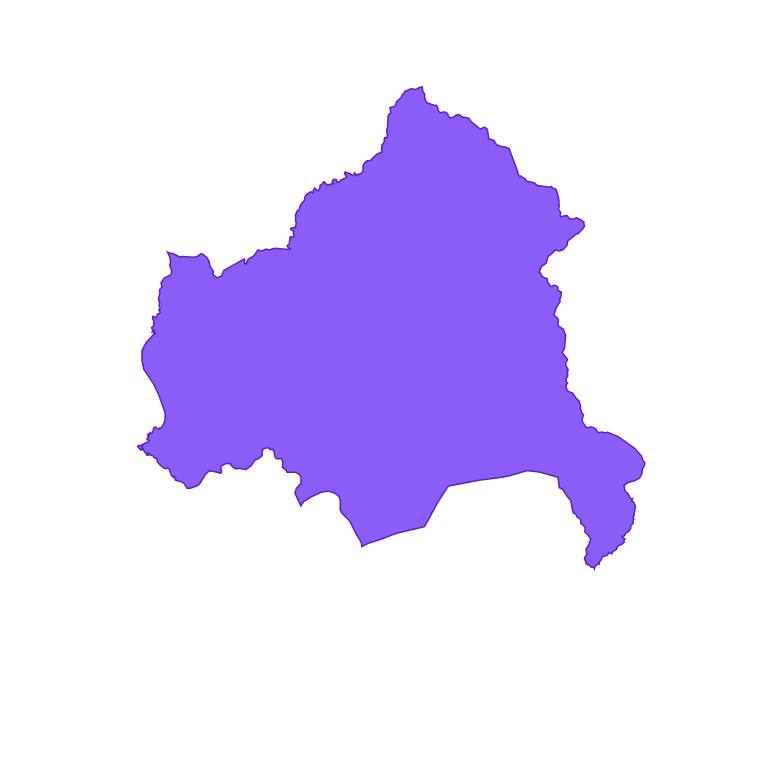 Olmedo, Manabi, Ecuador, rotated 65°
{"feature_id": "8360857B9236921602752", "entity_name": "Olmedo", "entity_type": "district", "adm_level": 2, "iso_a3": "ECU", "parent_name": "Ecuador", "parent_adm1": "Manabi", "projection": "albers", "projection_center": [-80.217, -1.371], "detail": "fine", "context": "isolated", "style": "filled", "palette": "violet", "viewbox_px": 768, "rotation_deg": 65, "n_neighbors": 0, "source": "geoboundaries", "source_scale": "gbopen_adm2", "svg_char_len": 6170}
<svg xmlns="http://www.w3.org/2000/svg" viewBox="0 0 768 768"><g transform="rotate(65 384 384)"><path d="M251.3,589.1L260.6,593.5L269.4,595.5L286.2,592.8L299.8,592.8L317.9,594.6L324.1,597.7L327.9,601.6L329.7,604.6L329.0,605.9L329.7,607.3L328.0,608.9L326.6,609.0L326.4,610.4L326.8,611.7L329.0,613.0L330.6,615.1L330.4,616.0L329.1,616.3L330.1,618.1L329.6,619.0L330.8,619.9L331.9,619.2L333.1,621.5L334.4,622.4L335.3,620.6L336.3,620.9L336.9,622.3L336.6,626.3L337.2,627.6L336.4,628.6L339.0,629.7L337.3,629.9L335.8,632.8L336.5,633.7L340.9,632.5L341.3,631.4L340.1,630.2L340.6,629.6L342.0,630.0L348.5,628.8L348.8,627.8L346.9,627.6L347.2,626.8L349.8,625.8L351.3,623.8L353.8,623.4L355.5,621.4L358.2,622.3L361.7,621.6L366.4,619.5L368.4,618.0L368.9,615.4L369.9,614.7L377.3,615.2L378.8,614.6L378.8,613.8L379.9,614.0L379.9,612.9L383.0,613.7L387.3,608.7L389.3,607.3L395.3,606.6L396.7,603.2L397.3,596.1L396.4,593.0L390.5,584.1L389.0,579.5L389.7,577.6L393.6,572.2L395.1,571.0L395.8,569.3L395.0,568.3L390.4,567.2L389.8,566.3L389.2,561.7L390.8,557.4L395.0,556.3L397.9,554.6L399.7,550.2L403.2,545.4L401.9,538.9L398.3,532.9L398.6,529.0L397.3,524.5L394.5,523.4L391.9,521.2L392.1,518.1L393.5,515.1L395.4,515.0L396.1,512.5L399.6,512.3L402.2,513.4L405.4,513.5L406.7,512.5L408.2,508.5L411.8,508.6L416.6,511.3L420.7,509.1L423.2,509.1L426.5,501.6L430.4,498.7L434.0,498.7L439.0,501.4L441.5,507.4L445.1,510.8L459.3,510.9L456.7,506.5L455.5,497.5L455.6,486.6L457.4,479.8L462.2,474.7L465.9,472.8L468.2,472.4L472.1,473.2L479.2,476.8L483.0,476.8L493.7,473.0L508.5,472.6L518.1,471.5L522.0,472.8L521.7,465.5L523.5,451.9L524.4,436.8L530.4,407.5L513.2,384.2L503.7,368.8L511.3,338.8L518.6,315.7L520.3,308.3L523.0,290.8L529.7,280.0L542.1,265.7L552.0,269.0L554.7,266.6L563.7,265.4L568.2,264.0L580.1,266.9L581.6,266.5L582.2,265.3L586.3,265.2L589.6,263.1L593.8,264.6L596.3,263.0L599.3,262.4L602.9,264.6L607.4,262.8L612.3,262.1L614.1,264.6L615.7,265.4L618.5,270.1L620.1,271.2L624.1,272.1L625.9,275.2L627.7,276.4L629.5,276.0L631.6,276.9L633.9,275.9L634.3,274.5L637.3,273.9L638.8,271.4L640.4,271.4L639.1,270.6L637.4,266.9L638.2,264.9L636.5,264.4L635.5,262.0L633.0,259.2L633.4,254.2L633.2,253.1L631.7,251.6L634.2,249.5L632.6,247.2L632.2,243.2L630.4,241.8L629.7,240.3L629.6,235.5L628.7,232.9L627.4,232.8L626.1,231.1L624.1,232.6L622.7,232.5L623.2,230.2L621.2,227.4L620.9,224.6L619.2,221.5L616.6,220.2L615.6,217.1L612.6,215.7L612.2,214.7L609.4,214.2L609.1,213.1L600.8,207.7L596.1,207.8L595.0,209.0L592.9,207.2L592.9,208.2L591.5,209.0L586.2,209.3L582.9,210.7L577.4,209.4L576.4,204.1L577.6,197.5L577.2,192.2L574.4,188.3L570.3,185.8L567.8,182.2L565.5,180.9L562.8,181.7L558.2,181.1L548.1,184.1L530.8,193.9L522.2,201.9L521.6,204.6L519.7,206.7L518.6,210.3L516.5,211.1L514.7,210.9L512.0,212.5L510.2,214.9L509.8,217.6L508.6,219.0L502.7,220.1L499.6,219.4L496.7,216.5L494.6,216.5L493.1,217.3L491.6,216.4L489.3,216.6L487.4,215.3L481.8,214.4L478.3,215.9L472.0,216.8L468.6,220.2L465.2,220.6L461.8,219.3L460.8,217.3L459.1,217.7L455.9,216.7L454.7,214.3L450.4,212.5L448.7,211.0L445.2,211.4L441.3,210.4L440.1,207.8L438.8,207.3L431.0,209.2L427.8,205.2L416.6,198.8L410.2,198.3L404.9,201.5L403.0,201.0L399.8,198.9L397.4,198.9L393.3,200.9L387.8,195.7L383.5,189.4L381.8,189.2L379.8,187.0L375.9,184.4L372.2,186.8L369.1,185.4L366.1,188.6L366.6,190.6L366.0,191.6L360.5,192.7L357.6,191.5L354.6,194.6L351.5,195.6L349.6,195.2L348.5,196.2L344.0,191.6L343.1,186.1L337.8,181.4L336.2,175.1L334.8,172.3L337.5,169.0L338.0,164.7L335.5,159.3L332.2,157.5L329.3,146.3L329.8,144.8L327.3,138.0L325.5,135.4L323.0,135.2L321.9,134.3L318.4,136.2L314.8,139.2L314.5,142.8L312.5,146.1L308.6,146.9L307.0,153.0L305.5,153.1L303.6,151.5L298.6,151.9L297.4,150.3L289.1,147.1L280.3,145.8L277.6,148.5L275.8,148.7L276.0,150.0L269.5,160.2L268.1,161.6L265.1,162.8L260.6,168.9L257.3,169.5L254.8,171.6L253.7,171.7L252.1,174.0L248.9,173.2L223.5,171.1L220.9,173.3L218.5,177.0L214.9,180.8L209.6,181.5L206.0,185.5L199.0,183.2L196.2,182.9L193.7,184.4L193.7,188.1L193.0,189.4L183.2,194.1L178.9,194.9L174.7,200.6L171.5,202.2L170.7,204.9L171.5,208.5L171.0,211.2L169.1,212.4L165.8,212.2L164.3,213.0L162.7,214.7L162.1,218.0L160.8,219.1L153.7,218.5L152.7,220.6L148.1,225.5L145.0,226.6L141.5,226.0L138.3,224.6L134.9,225.2L131.0,223.7L130.2,226.8L130.6,230.6L127.9,234.5L127.6,241.8L128.7,242.3L129.4,244.8L131.7,247.5L133.4,253.3L135.7,255.2L136.9,257.4L136.0,261.8L141.1,263.1L141.9,265.9L143.4,267.3L153.3,272.6L155.1,274.4L159.9,275.8L161.9,277.1L161.0,279.4L164.9,281.7L166.8,285.2L172.9,288.2L172.7,292.8L173.9,297.5L175.8,301.8L174.5,305.0L175.4,308.4L178.0,311.2L182.4,313.2L183.6,316.2L183.7,317.9L183.0,318.3L183.4,320.7L180.3,321.4L182.0,323.2L182.0,324.1L179.1,325.8L175.5,329.5L176.4,330.8L181.0,330.4L180.9,336.8L182.0,339.7L181.5,341.2L178.7,340.8L177.3,342.8L177.9,344.6L179.3,345.8L181.1,345.1L179.7,350.8L178.0,352.1L175.7,352.6L175.2,353.4L176.8,355.5L176.9,358.0L179.4,359.5L181.1,361.8L180.2,362.9L177.2,363.8L178.1,365.8L180.7,367.6L178.9,369.1L179.2,374.0L180.6,376.1L184.2,378.9L185.4,382.2L187.6,385.2L190.2,387.3L190.5,389.6L193.0,392.5L198.8,395.2L201.8,395.7L203.3,397.4L205.0,398.0L203.4,401.9L203.7,402.8L205.4,403.0L207.7,401.2L208.9,402.5L211.6,403.1L212.3,403.7L212.3,405.2L211.3,405.7L211.1,407.0L217.1,410.8L217.7,413.4L219.8,413.2L221.5,411.6L222.4,412.4L214.8,425.7L213.9,431.7L211.9,433.9L211.9,438.5L209.2,441.6L212.8,447.6L213.5,454.2L214.6,455.7L215.8,456.1L215.7,456.9L216.9,458.3L216.4,459.4L215.0,459.2L213.5,457.9L211.6,458.0L213.4,481.2L217.4,485.4L217.3,490.3L213.8,492.2L211.9,492.5L209.6,490.9L204.4,492.0L199.0,490.7L194.5,491.1L189.6,493.5L188.6,495.0L189.4,498.5L188.9,502.6L183.4,512.5L182.5,515.4L176.1,520.6L174.7,523.1L173.0,524.4L179.1,524.6L183.5,526.0L185.8,528.1L190.7,528.4L193.9,529.9L194.9,531.6L195.1,538.6L198.2,543.4L202.2,544.3L203.8,547.7L207.1,548.8L211.6,552.5L215.6,553.1L218.0,554.8L221.3,555.0L221.4,556.6L224.9,556.7L225.5,557.9L224.8,559.7L227.6,562.3L225.2,564.6L225.2,565.3L227.3,566.2L230.2,565.9L231.5,567.2L233.4,567.5L234.7,570.8L237.0,571.1L238.1,569.7L238.9,571.9L239.3,570.4L240.4,570.9L240.9,569.8L241.5,569.8L241.7,571.9L246.0,582.1L251.3,589.1Z" fill="#8b5cf6" stroke="#5b21b6" stroke-width="1.5"/></g></svg>